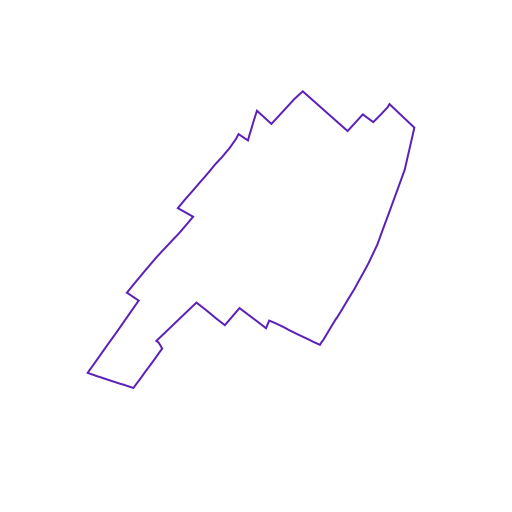 the district of Calmatuiu De Sus, Teleorman, Romania, rotated 319°
{"feature_id": "2599482B3136924676864", "entity_name": "Calmatuiu De Sus", "entity_type": "district", "adm_level": 2, "iso_a3": "ROU", "parent_name": "Romania", "parent_adm1": "Teleorman", "projection": "natural_earth1", "projection_center": [24.795, 44.054], "detail": "fine", "context": "isolated", "style": "outline", "palette": "violet", "viewbox_px": 512, "rotation_deg": 319, "n_neighbors": 0, "source": "geoboundaries", "source_scale": "gbopen_adm2", "svg_char_len": 2305}
<svg xmlns="http://www.w3.org/2000/svg" viewBox="0 0 512 512"><g transform="rotate(319 256 256)"><path d="M149.4,196.4L148.5,196.6L145.9,197.0L139.7,198.1L136.3,198.7L134.5,199.0L135.4,202.3L138.2,212.7L132.5,214.1L102.7,221.6L85.0,225.8L82.9,226.3L63.7,231.0L58.2,232.3L54.4,233.2L52.3,233.8L52.4,234.0L52.6,234.3L52.8,234.5L53.0,235.1L53.4,235.7L54.1,237.0L54.6,237.8L55.4,239.2L55.9,240.1L56.4,241.0L56.6,241.5L56.9,241.9L57.2,242.4L57.4,242.8L57.9,243.6L58.5,244.5L59.0,245.3L59.3,245.8L59.7,246.4L59.9,246.9L60.4,247.7L60.9,248.6L61.3,249.2L61.9,250.2L62.4,251.1L63.3,252.6L64.4,254.5L66.0,257.2L67.0,258.8L68.1,260.7L68.6,261.6L69.6,263.2L71.3,265.7L76.9,275.2L80.3,274.4L87.4,272.9L94.2,271.3L94.5,271.2L99.0,270.2L110.8,267.6L114.0,266.8L118.5,265.7L120.6,265.2L124.5,264.3L124.8,262.5L125.1,261.3L125.7,257.5L125.6,257.1L125.1,254.7L138.6,254.1L158.7,253.1L180.5,252.1L180.6,252.6L182.0,259.8L183.3,266.7L185.0,277.2L187.1,287.8L201.9,285.6L209.4,284.5L211.2,293.2L214.0,306.2L216.2,317.1L223.6,313.4L226.6,319.5L230.2,327.8L231.6,331.5L232.1,333.1L233.8,337.0L235.0,340.0L236.7,344.0L237.1,344.8L238.2,347.3L239.6,350.5L241.0,353.6L241.9,355.8L243.0,358.6L246.0,365.0L248.7,364.1L251.8,363.5L259.6,360.9L261.2,360.4L267.2,358.4L275.8,355.7L275.9,355.9L284.2,353.3L298.0,348.8L308.5,345.5L314.4,343.3L322.4,340.4L332.7,336.6L336.5,335.1L352.3,328.2L354.9,327.1L369.8,318.8L384.7,310.7L424.6,288.6L424.9,288.4L456.1,265.7L459.3,263.3L459.7,263.0L459.7,262.7L458.5,250.8L456.4,228.9L452.9,230.1L444.2,231.0L435.1,231.7L433.4,231.8L432.3,231.9L429.5,219.3L429.5,219.2L414.0,221.0L407.1,221.8L403.1,191.3L399.3,162.4L387.7,162.7L376.5,164.0L355.5,166.3L354.3,166.4L352.0,147.0L350.7,147.8L346.7,150.2L340.7,153.9L335.3,157.4L330.7,160.2L325.8,163.5L324.8,160.1L322.8,152.6L322.1,152.8L318.1,154.4L310.2,156.4L306.1,157.4L302.8,157.8L295.1,159.1L292.8,159.3L290.6,159.5L284.4,160.2L281.6,160.7L279.9,161.0L271.1,162.4L263.8,163.4L261.0,163.8L252.0,165.1L238.8,166.9L228.4,168.6L230.2,173.6L232.5,180.0L234.3,185.1L224.0,186.7L215.4,188.0L211.4,188.5L207.1,188.9L202.8,189.3L196.2,190.0L192.3,190.4L188.7,190.7L184.4,191.2L180.6,191.6L170.5,193.1L168.6,193.4L168.0,193.5L165.2,193.9L159.4,194.8L155.3,195.5L155.1,195.5L152.1,196.0L149.4,196.4Z" fill="none" stroke="#5b21b6" stroke-width="2"/></g></svg>